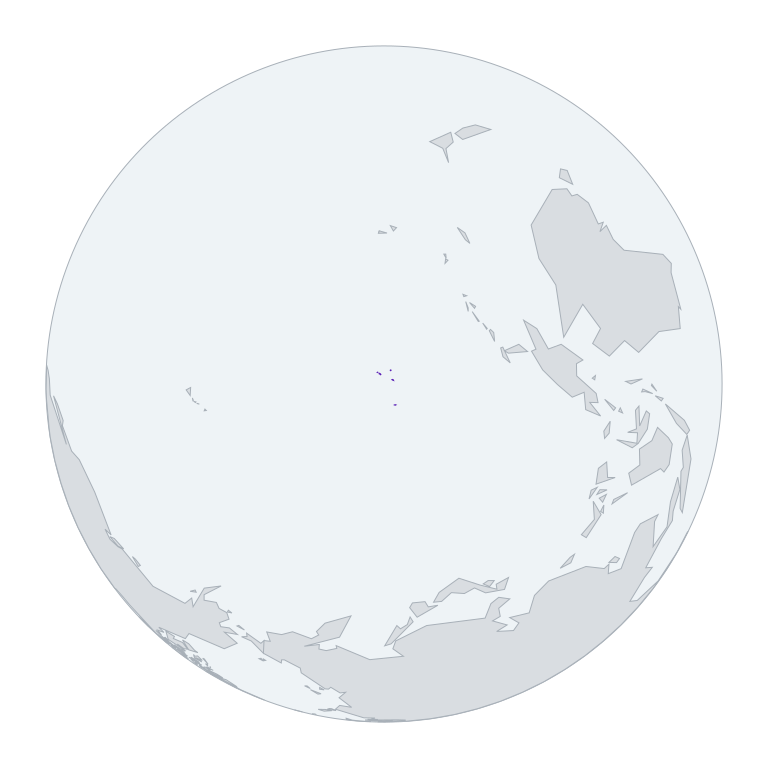 Marshall Islands on an orthographic globe, rotated 200°
{"feature_id": "MHL", "entity_name": "Marshall Islands", "entity_type": "country or territory", "adm_level": 0, "iso_a3": "MHL", "parent_name": "Oceania", "parent_adm1": "", "projection": "orthographic", "projection_center": [169.926, 8.484], "detail": "fine", "context": "on_globe", "style": "filled", "palette": "violet", "viewbox_px": 768, "rotation_deg": 200, "n_neighbors": 0, "source": "natural_earth", "source_scale": "50m", "svg_char_len": 9078}
<svg xmlns="http://www.w3.org/2000/svg" viewBox="0 0 768 768"><g transform="rotate(200 384 384)"><circle cx="384" cy="384" r="338" fill="#eef3f6" stroke="#a8b0b8"/><path d="M440.8,523.7L441.1,526.0L440.7,526.3L440.8,523.7ZM707.5,286.4L704.3,281.9L700.2,274.4L693.9,259.4L661.8,218.6L690.5,259.9L684.1,253.6L673.0,239.9L671.9,234.8L654.6,214.1L644.4,208.6L618.8,183.4L588.8,148.8L596.5,152.2L588.4,144.4L578.3,140.1L573.6,139.4L531.9,114.9L496.0,109.8L491.5,117.1L487.2,109.4L483.1,130.7L468.0,138.5L481.0,124.5L479.1,119.3L466.8,121.4L462.2,116.7L453.6,115.4L449.2,110.0L457.1,103.4L454.4,100.1L445.9,101.9L436.1,98.5L449.1,96.2L433.3,90.2L443.6,80.6L481.9,82.8L483.6,76.8L512.4,78.4L505.8,75.3L512.5,75.3L507.3,72.1L514.1,74.4L504.1,70.0L498.9,68.7L492.7,66.6L489.2,64.9L497.2,67.0L500.2,68.2L500.7,68.1L506.3,70.1L501.5,68.1L511.7,71.6L496.5,65.9L500.3,66.8L508.5,69.9L514.3,72.5L547.5,89.5L557.5,95.3L565.9,99.8L567.1,100.0L586.6,113.5L605.0,128.4L622.4,144.5L638.6,161.8L653.5,180.2L667.1,199.5L679.4,219.8L683.7,228.2L696.1,254.6L699.8,263.7L707.5,286.4ZM564.5,314.6L562.2,306.9L567.9,310.8L564.5,314.6ZM557.9,303.0L559.3,305.4L557.6,303.5L557.9,303.0ZM554.8,302.1L557.1,302.7L554.5,302.8L554.8,302.1ZM550.6,301.9L552.8,301.7L552.6,302.0L550.6,301.9ZM543.7,299.2L541.9,298.3L543.8,297.3L543.7,299.2ZM572.2,140.0L578.6,140.7L589.4,146.8L584.7,146.6L572.2,140.0ZM550.9,130.2L552.5,128.5L561.4,135.8L557.7,134.4L550.9,130.2ZM489.3,124.1L495.3,122.9L491.0,125.8L489.3,124.1ZM453.2,116.2L452.9,118.2L448.6,116.8L453.2,116.2ZM534.5,81.5L534.2,81.3L531.3,79.9L531.2,79.8L534.5,81.5ZM437.9,107.5L431.0,105.1L439.4,106.3L437.9,107.5ZM528.3,78.4L532.2,80.4L530.8,79.8L518.6,74.3L522.7,75.8L528.3,78.4ZM427.9,102.9L411.0,98.2L409.0,101.9L405.2,89.7L420.8,97.1L431.4,97.8L426.3,99.8L427.9,102.9ZM498.7,69.1L504.1,70.4L502.9,71.1L498.7,69.1ZM499.4,70.2L504.4,77.1L494.6,75.1L494.9,72.8L484.9,72.2L477.7,67.6L481.6,66.9L489.3,69.0L480.6,65.8L499.4,70.2ZM405.8,84.2L402.9,82.5L407.5,83.1L405.8,84.2ZM490.1,65.8L492.0,67.1L483.7,65.3L478.4,62.5L482.8,63.9L490.1,65.8ZM485.8,74.6L478.6,73.1L470.8,68.9L467.0,67.9L476.6,67.4L485.8,74.6ZM482.9,63.5L475.9,61.2L476.6,60.7L487.8,64.5L482.9,63.5ZM483.7,66.2L479.5,65.3L480.1,64.8L483.7,66.2ZM475.3,58.7L477.7,59.6L473.6,58.6L475.3,58.7ZM473.3,60.4L473.1,60.6L471.7,60.5L467.4,59.1L473.3,60.4ZM470.5,64.7L468.7,63.5L466.1,64.7L460.2,62.1L467.7,62.4L462.0,61.2L460.1,60.5L468.3,61.7L470.5,64.7ZM459.0,57.5L466.5,57.9L462.9,56.1L466.5,56.8L471.6,59.7L459.0,57.5ZM463.7,59.7L461.6,58.4L467.1,59.6L472.0,61.3L463.7,59.7ZM453.5,60.5L460.6,64.3L458.8,64.2L453.5,60.5ZM456.8,56.6L455.1,56.6L455.9,56.4L456.8,56.6ZM453.3,58.8L456.1,60.1L453.8,59.9L453.3,58.8ZM449.2,55.8L451.6,55.8L455.0,56.8L449.2,55.8ZM450.2,57.0L446.5,56.5L454.8,57.1L451.8,57.5L450.2,57.0ZM450.7,58.5L450.3,58.8L449.8,58.0L450.7,58.5ZM434.9,52.7L444.6,53.3L452.1,55.2L441.7,54.2L434.9,52.7ZM269.5,66.1L266.5,67.2L269.1,66.3L274.2,64.5L260.4,70.2L262.9,69.4L268.4,67.1L277.1,64.2L286.9,61.8L281.6,63.9L277.3,65.0L260.4,71.2L249.8,74.9L248.7,75.6L256.6,73.0L277.2,65.3L284.7,63.3L275.0,66.7L279.1,65.3L281.2,65.0L278.2,67.0L288.9,63.4L318.4,61.8L315.7,66.8L303.8,69.1L318.9,73.8L314.6,81.2L319.6,78.7L330.3,80.8L331.8,78.3L335.0,77.4L363.0,84.3L365.5,88.4L383.3,90.7L385.9,89.8L385.1,86.7L405.2,89.7L409.0,101.9L402.9,103.3L409.4,110.9L394.5,113.5L385.2,119.9L365.1,119.8L359.5,125.8L362.8,128.3L357.6,139.1L335.7,154.8L339.2,130.9L369.2,110.3L355.7,117.1L354.5,112.7L347.1,113.7L337.9,119.4L339.5,121.8L303.1,120.1L272.6,134.8L285.1,138.2L285.1,146.6L261.3,171.6L208.9,198.6L208.4,214.2L203.2,222.8L192.3,225.1L199.5,212.5L195.3,205.4L201.0,198.5L185.9,199.7L193.5,190.0L178.0,196.6L175.5,205.7L186.0,207.5L169.3,218.6L170.3,236.8L161.9,255.2L131.8,281.6L113.9,285.9L111.0,291.6L108.4,282.5L98.0,291.6L97.7,330.2L95.3,340.3L81.8,355.0L82.7,347.3L75.5,323.2L69.2,346.6L74.5,371.2L76.1,397.0L69.9,386.1L68.8,363.4L66.3,354.3L70.5,333.5L75.2,300.8L69.2,303.5L73.1,291.3L78.6,263.8L72.0,267.2L59.0,292.8L51.6,323.9L50.4,330.4L55.0,306.8L61.3,283.7L69.3,261.0L78.8,239.0L89.9,217.7L102.4,197.2L116.4,177.7L131.7,159.2L148.3,141.9L166.1,125.7L185.0,110.9L204.8,97.5L225.6,85.5L247.2,75.0L269.5,66.1ZM493.2,64.2L491.0,63.5L495.1,65.8L485.6,63.1L477.8,60.6L475.4,59.6L482.3,61.5L474.0,58.9L482.2,60.9L476.7,59.2L479.6,59.9L493.2,64.2ZM450.5,52.7L453.4,53.3L450.7,53.0L445.7,51.9L446.5,52.4L435.3,50.3L433.2,50.2L420.0,48.6L411.7,47.3L409.9,47.4L399.8,46.8L392.0,46.3L401.1,46.6L388.2,46.1L419.5,48.0L450.5,52.7ZM431.1,52.1L419.4,49.4L418.1,48.6L441.6,51.9L445.1,52.3L460.1,55.5L461.7,56.9L457.3,55.8L453.3,55.1L454.4,54.8L450.6,54.5L444.4,53.2L439.7,52.7L437.2,51.8L431.1,52.1ZM356.7,47.2L354.0,47.4L348.5,48.0L356.1,47.2L356.7,47.2ZM125.2,470.5L132.2,474.0L132.2,475.5L125.2,470.5ZM117.6,462.9L125.1,465.7L116.8,466.0L117.6,462.9ZM128.2,466.9L135.9,466.2L139.2,464.7L139.0,467.8L128.2,466.9ZM112.8,461.5L89.3,452.6L81.0,445.1L82.2,440.2L95.7,447.0L112.8,461.5ZM81.6,439.7L69.9,418.6L59.7,365.2L63.2,368.4L75.1,403.6L74.2,408.0L81.2,423.8L81.6,439.7ZM112.9,422.4L112.1,436.8L98.4,430.8L92.6,426.2L88.5,405.8L90.8,397.0L95.2,399.1L116.8,373.6L123.5,383.9L115.9,395.4L121.7,410.2L112.9,422.4ZM51.0,327.2L48.4,347.7L47.9,349.6L51.0,327.2ZM128.6,354.1L117.9,365.2L128.7,349.3L128.6,354.1ZM136.9,338.4L136.0,345.5L133.7,337.6L136.9,338.4ZM107.9,300.9L103.0,300.6L104.4,295.7L111.6,293.3L107.9,300.9ZM155.4,271.1L149.8,284.8L146.8,289.2L147.3,279.9L155.4,271.1ZM293.8,58.3L304.7,55.8L305.3,57.0L298.9,57.3L290.9,59.2L280.8,62.3L289.3,59.6L293.8,58.3ZM317.3,60.7L326.1,59.0L324.3,60.4L322.0,61.0L317.3,60.7ZM321.3,59.2L328.4,56.1L334.6,55.8L327.8,58.1L321.3,59.2ZM336.0,50.3L334.5,50.2L338.8,49.6L336.0,50.3ZM393.7,640.7L403.0,643.7L397.4,651.5L386.8,658.7L370.7,659.7L393.7,640.7ZM284.9,647.3L275.0,636.2L289.8,637.8L291.7,646.5L284.9,647.3ZM401.7,635.0L406.3,626.4L399.0,614.1L409.4,625.6L423.9,627.4L407.4,643.4L401.7,635.0ZM204.2,591.8L166.3,601.2L155.3,595.6L152.3,586.8L130.7,555.8L133.8,557.3L124.6,537.4L143.6,527.3L155.5,500.8L172.8,507.1L181.8,487.3L201.8,493.4L199.5,510.2L224.5,526.9L231.1,489.4L256.4,535.8L281.3,554.9L300.1,583.7L292.5,624.3L278.9,630.0L271.8,625.0L267.3,628.3L253.8,624.1L237.4,607.7L233.3,611.0L233.2,601.0L229.3,609.1L218.1,598.3L204.2,591.8ZM351.4,545.5L356.9,547.4L368.7,556.2L359.6,553.7L351.4,545.5ZM427.5,531.0L432.2,535.0L425.7,535.2L427.5,531.0ZM440.7,526.3L432.8,526.9L440.8,523.7L440.7,526.3ZM368.6,523.4L372.2,526.5L370.4,527.2L368.6,523.4ZM366.2,522.2L367.9,518.2L368.9,522.6L366.2,522.2ZM336.5,495.2L338.9,493.4L340.5,495.3L336.5,495.2ZM142.9,477.2L151.9,468.5L157.8,469.1L142.9,477.2ZM331.5,489.8L324.5,488.3L324.8,486.1L331.5,489.8ZM331.0,484.4L329.7,481.0L335.4,489.4L331.0,484.4ZM316.8,475.0L325.9,482.2L316.0,475.6L316.8,475.0ZM312.1,475.0L306.0,471.5L306.3,470.6L312.1,475.0ZM253.1,468.7L274.6,491.7L259.3,488.3L241.5,473.1L231.1,481.9L205.3,474.6L210.1,468.9L205.7,457.5L181.4,447.7L176.5,439.7L184.4,437.1L169.5,428.0L185.7,428.9L193.1,444.7L202.6,436.0L220.7,442.8L239.7,451.5L256.6,465.3L253.1,468.7ZM187.4,460.0L190.3,460.7L188.2,464.3L187.4,460.0ZM294.6,461.8L303.3,470.1L302.6,471.7L298.5,469.9L294.6,461.8ZM260.2,463.6L277.7,455.5L282.2,456.5L270.9,467.4L260.2,463.6ZM272.6,447.0L281.5,450.3L286.7,457.8L285.0,459.3L272.6,447.0ZM154.2,438.7L153.8,442.4L149.9,438.4L154.2,438.7ZM159.1,437.7L171.4,445.1L158.2,440.8L159.1,437.7ZM126.1,414.8L129.1,424.9L138.5,421.9L131.4,428.2L138.7,445.3L136.9,450.5L129.4,432.0L128.3,448.4L124.2,446.9L121.1,431.6L124.8,415.1L128.9,409.0L146.4,411.2L126.1,414.8ZM158.7,426.4L155.6,414.8L158.1,408.3L161.3,414.9L158.7,426.4ZM148.1,386.9L141.9,372.6L134.8,375.2L150.5,362.4L153.7,378.1L148.1,386.9ZM145.0,358.5L138.2,360.8L146.2,353.0L145.0,358.5ZM137.3,356.3L138.1,347.7L142.7,350.3L137.3,356.3ZM148.3,359.8L152.0,346.1L153.0,355.1L148.3,359.8ZM140.0,328.7L147.3,345.4L135.3,335.5L141.4,308.8L147.0,309.9L140.0,328.7ZM213.2,237.0L215.5,229.8L222.4,230.1L218.9,234.9L213.2,237.0ZM247.2,227.1L225.1,227.9L207.7,229.8L210.1,234.2L200.8,244.8L200.5,232.2L217.1,222.5L229.2,223.3L236.8,214.6L249.3,211.0L255.5,199.4L262.8,195.9L260.9,207.0L247.2,227.1ZM257.7,194.5L273.1,176.2L283.4,182.6L282.4,188.0L271.0,193.5L266.2,189.7L257.7,194.5ZM279.8,174.0L275.3,170.5L288.4,142.3L293.8,138.2L289.3,161.4L284.8,159.6L279.8,165.9L279.8,174.0ZM400.7,83.8L402.7,82.6L403.4,84.4L400.7,83.8ZM335.6,76.1L340.1,75.2L340.7,76.9L335.6,76.1ZM353.0,74.0L349.1,72.6L355.4,73.2L353.0,74.0ZM340.0,70.0L348.6,71.6L337.2,71.4L340.0,70.0Z" fill="#d9dde1" stroke="#a8b0b8" stroke-width="1"/><path d="M390.9,391.9L391.6,392.2L392.6,392.1L392.4,392.2L392.1,392.3L391.8,392.3L391.7,392.3L390.8,392.1L390.5,391.8L390.6,391.7L390.9,391.9ZM382.3,399.6L382.2,399.8L382.2,399.7L382.4,399.0L382.7,398.8L382.9,398.6L382.8,398.8L382.5,399.0L382.3,399.6ZM393.7,392.4L393.9,392.6L394.3,392.6L394.7,392.9L394.3,392.7L394.1,392.7L393.9,392.7L393.7,392.4ZM377.6,390.9L377.5,391.0L376.9,391.0L376.7,390.8L377.2,390.8L377.6,390.9ZM366.4,368.2L366.2,368.2L366.3,368.1L366.5,368.1L366.4,368.2Z" fill="#8b5cf6" stroke="#5b21b6" stroke-width="1.5"/></g></svg>